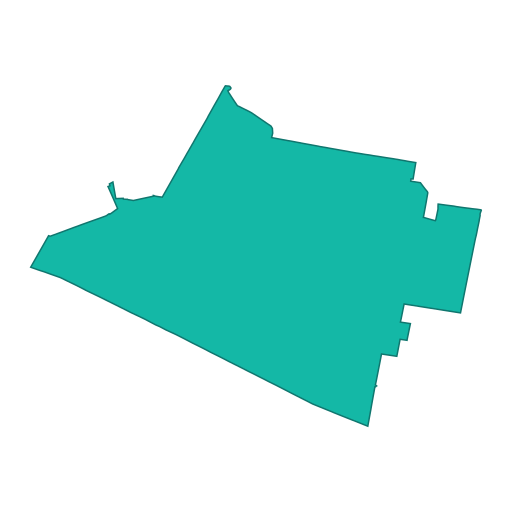 outline of Cerchezu, Constanta, Romania
{"feature_id": "2599482B21562534205854", "entity_name": "Cerchezu", "entity_type": "district", "adm_level": 2, "iso_a3": "ROU", "parent_name": "Romania", "parent_adm1": "Constanta", "projection": "natural_earth1", "projection_center": [28.101, 43.844], "detail": "fine", "context": "isolated", "style": "filled", "palette": "teal", "viewbox_px": 512, "rotation_deg": 0, "n_neighbors": 0, "source": "geoboundaries", "source_scale": "gbopen_adm2", "svg_char_len": 3531}
<svg xmlns="http://www.w3.org/2000/svg" viewBox="0 0 512 512"><path d="M30.7,267.2L32.0,267.7L39.7,270.4L40.3,270.6L44.1,271.8L51.3,274.4L60.4,277.6L67.3,281.0L75.8,285.1L85.0,289.8L85.2,290.0L92.1,293.3L99.2,296.7L107.6,300.9L115.7,304.9L122.1,308.1L131.0,312.6L137.6,315.7L144.5,319.0L155.7,324.9L159.7,326.6L166.1,330.0L174.4,333.8L176.1,334.6L183.8,338.5L192.8,343.2L198.9,346.2L203.5,348.5L210.9,352.4L216.2,355.0L221.4,357.6L225.1,359.5L228.5,361.3L235.3,364.7L241.5,367.8L248.7,371.5L252.6,373.4L255.0,374.6L258.1,376.2L262.1,378.2L263.7,379.0L268.7,381.6L276.0,385.2L286.5,390.6L291.7,393.3L296.0,395.5L303.1,399.1L312.7,404.0L319.8,406.9L326.7,409.7L331.9,411.8L333.7,412.6L342.4,416.1L351.2,419.6L367.8,426.2L370.9,409.2L371.5,405.6L374.9,386.8L375.4,386.9L375.7,386.7L375.9,386.3L376.6,385.9L375.4,384.9L376.4,380.1L378.1,371.5L379.8,362.8L381.5,354.0L396.8,356.3L400.1,339.3L407.0,340.3L407.0,340.2L410.4,323.6L400.4,322.1L400.5,321.6L401.2,318.5L404.1,304.0L460.5,312.9L463.9,295.7L467.4,278.2L473.2,249.4L475.1,240.0L475.6,237.7L476.2,235.4L476.8,232.5L477.4,229.3L478.1,226.0L479.2,220.7L479.2,220.3L479.9,216.7L480.1,215.8L480.1,214.7L480.0,214.4L480.0,214.2L480.1,213.8L480.3,213.1L480.5,212.5L481.1,210.9L481.2,210.5L481.3,210.2L481.2,210.0L480.8,209.8L478.7,209.5L476.7,209.2L472.8,208.8L469.1,208.3L465.7,207.9L461.2,207.3L456.4,206.6L453.8,206.1L445.8,205.1L438.5,204.1L438.1,204.1L438.0,206.5L438.0,209.1L436.9,214.5L435.8,219.8L435.3,220.7L429.4,219.1L424.6,217.7L423.6,217.4L423.4,217.4L426.4,201.0L426.4,200.9L427.8,192.8L427.4,191.7L425.0,188.8L424.3,187.9L422.2,185.1L420.4,182.7L419.8,182.6L414.6,181.8L412.7,181.5L410.7,181.2L410.8,180.3L410.8,180.2L411.0,178.9L413.1,179.0L414.4,171.0L415.0,167.4L415.8,162.6L412.1,162.0L407.3,161.2L404.7,160.7L400.5,160.0L397.4,159.4L397.2,159.4L395.3,159.1L393.0,158.7L391.7,158.5L386.3,157.7L377.6,156.3L373.4,155.7L369.5,155.0L365.1,154.4L360.4,153.6L356.5,153.0L356.4,153.0L355.2,152.8L354.2,152.6L350.7,152.0L347.1,151.3L344.8,150.9L342.4,150.5L335.7,149.3L329.4,148.2L325.7,147.5L323.2,147.1L321.6,146.8L321.4,146.8L320.7,146.7L319.7,146.5L318.4,146.2L309.7,144.6L301.9,143.2L300.1,142.8L297.2,142.3L293.6,141.6L290.4,141.0L287.8,140.6L285.8,140.2L283.5,139.8L271.6,137.6L272.7,133.2L272.4,128.4L271.0,126.1L266.4,123.0L251.7,112.9L249.2,111.5L242.1,108.0L239.6,106.7L237.5,105.8L237.4,105.7L236.3,104.1L234.2,101.0L231.7,97.2L230.1,94.7L228.7,92.6L228.3,91.7L227.8,90.8L228.5,90.2L229.2,90.1L230.4,89.2L230.9,88.4L230.9,87.8L229.8,86.4L228.9,86.1L227.2,86.0L225.5,85.8L225.2,86.0L221.8,91.9L218.2,98.5L213.8,106.2L212.7,108.2L208.6,115.5L208.0,116.6L207.8,117.1L206.9,118.8L202.1,127.1L199.1,132.3L195.7,138.2L193.8,141.6L193.0,143.1L192.9,143.2L191.9,144.9L190.8,146.9L190.0,148.2L189.3,149.5L188.5,150.9L186.9,153.6L186.3,154.7L185.4,156.3L183.7,159.3L181.5,163.0L178.7,167.8L178.4,168.6L170.9,181.9L165.7,191.1L162.3,197.1L162.2,197.1L159.4,196.8L157.5,196.5L155.6,196.2L154.5,195.9L153.8,195.5L153.5,195.5L153.7,195.9L153.9,196.1L142.1,198.6L133.4,200.5L127.9,199.6L127.5,199.3L126.2,199.3L123.3,199.1L123.2,198.3L115.8,198.6L112.9,182.0L109.4,183.9L110.0,185.8L108.0,186.5L112.8,197.4L117.5,208.3L117.6,208.6L111.5,213.1L109.7,214.2L109.4,213.8L109.1,213.8L108.9,213.9L107.7,214.7L106.7,215.5L106.2,215.7L105.7,216.0L100.5,217.9L93.2,220.5L88.1,222.3L87.3,222.6L82.8,224.2L81.7,224.6L78.0,226.0L73.5,227.6L71.7,228.3L67.9,229.7L64.2,231.1L50.0,236.3L50.1,236.2L48.6,235.7L41.9,247.5L30.7,267.2Z" fill="#14b8a6" stroke="#0f766e" stroke-width="1.5"/></svg>